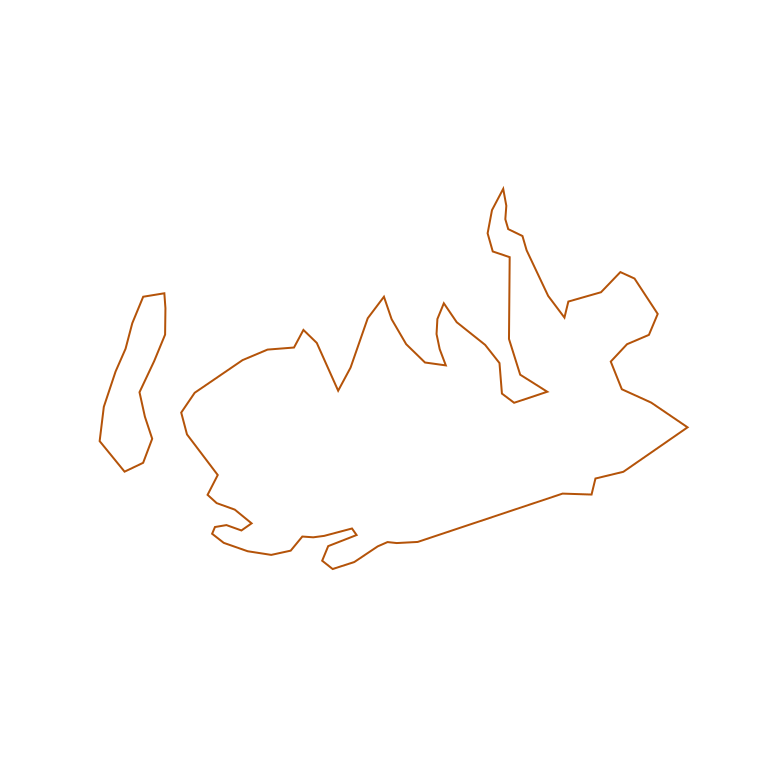 SVG path tracing the border of Kusini-Pemba, rotated 55°
{"feature_id": "TZA-3381", "entity_name": "Kusini-Pemba", "entity_type": "Region", "adm_level": 1, "iso_a3": "TZA", "parent_name": "United Republic of Tanzania", "parent_adm1": "", "projection": "robinson", "projection_center": [39.716, -5.317], "detail": "fine", "context": "isolated", "style": "outline", "palette": "amber", "viewbox_px": 768, "rotation_deg": 55, "n_neighbors": 0, "source": "natural_earth", "source_scale": "10m", "svg_char_len": 1342}
<svg xmlns="http://www.w3.org/2000/svg" viewBox="0 0 768 768"><g transform="rotate(55 384 384)"><path d="M593.6,160.2L593.2,238.3L582.7,265.0L593.6,277.4L576.2,300.6L532.7,447.0L521.6,464.8L515.5,471.8L513.4,482.3L512.8,510.4L506.1,532.2L493.3,536.0L484.8,522.7L492.0,493.1L484.0,493.1L474.1,520.1L469.0,529.9L462.1,538.4L467.0,556.0L459.3,574.4L442.8,591.6L422.2,606.4L408.1,610.7L404.2,604.5L409.2,594.0L422.2,584.8L422.2,572.4L401.3,578.3L385.6,589.4L373.6,592.1L363.2,572.4L312.3,574.3L291.1,566.5L282.6,544.1L283.3,486.1L289.0,459.7L302.5,436.8L293.5,419.0L311.8,415.5L363.2,425.4L351.4,402.0L320.8,359.6L312.5,334.0L335.3,340.6L364.1,343.0L389.9,338.1L404.2,322.7L387.4,318.4L373.2,312.3L361.4,303.0L352.2,288.7L375.1,289.0L410.0,278.7L433.1,277.4L459.5,292.9L474.0,288.2L484.0,254.7L454.5,267.1L418.8,255.8L352.2,208.3L337.8,218.9L320.0,212.7L303.5,195.8L292.5,174.4L308.2,181.6L318.6,190.1L328.4,193.4L342.2,185.7L356.3,190.5L406.0,199.0L433.1,198.1L422.2,185.7L433.3,153.6L427.9,126.2L441.3,118.3L483.6,119.6L495.7,138.8L490.8,162.1L495.7,185.4L524.7,192.2L552.5,175.8L593.6,160.2ZM183.7,511.9L196.6,519.6L218.0,535.0L233.4,559.1L250.5,589.0L273.6,598.6L295.9,605.3L310.4,626.5L307.0,646.8L267.7,649.7L242.0,626.6L219.8,596.7L206.9,575.5L189.8,555.3L174.4,531.2L183.7,511.9Z" fill="none" stroke="#b45309" stroke-width="2"/></g></svg>